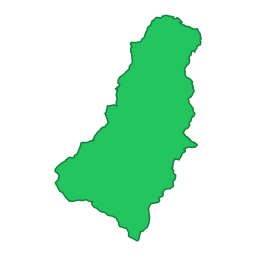 outline of Dragomiresti, Maramures, Romania
{"feature_id": "2599482B97078455585458", "entity_name": "Dragomiresti", "entity_type": "district", "adm_level": 2, "iso_a3": "ROU", "parent_name": "Romania", "parent_adm1": "Maramures", "projection": "equal_earth", "projection_center": [24.279, 47.603], "detail": "fine", "context": "isolated", "style": "filled", "palette": "green", "viewbox_px": 256, "rotation_deg": 0, "n_neighbors": 0, "source": "geoboundaries", "source_scale": "gbopen_adm2", "svg_char_len": 5833}
<svg xmlns="http://www.w3.org/2000/svg" viewBox="0 0 256 256"><path d="M151.8,203.4L153.5,203.3L158.6,202.2L159.3,201.2L159.6,200.4L159.5,199.4L158.9,198.4L158.9,197.9L159.1,197.5L161.4,196.7L162.9,195.8L163.2,193.3L162.9,193.0L162.3,192.8L162.3,192.4L162.6,192.0L163.6,191.2L164.5,189.8L167.8,188.6L169.9,188.8L170.6,188.1L173.2,186.5L173.4,185.7L173.0,183.0L173.1,181.1L173.6,180.4L174.6,180.1L174.7,179.9L175.4,177.8L175.7,175.6L175.5,175.0L174.9,174.4L173.6,173.6L173.3,171.8L173.3,171.5L173.8,170.9L173.7,170.5L172.7,169.3L171.8,168.6L172.3,168.3L172.4,167.9L172.7,167.7L172.0,166.9L172.1,166.6L172.5,166.5L172.4,165.8L172.7,165.8L172.9,165.5L173.2,164.0L172.9,163.5L173.6,161.4L174.4,159.9L174.5,159.0L175.0,158.9L175.7,159.4L178.0,159.2L178.5,159.4L178.8,159.9L180.2,158.0L181.9,154.7L182.1,153.7L182.6,152.9L184.7,152.0L184.9,151.7L184.8,151.2L185.4,151.0L185.2,150.4L184.0,149.9L183.8,149.4L185.0,149.1L185.4,147.9L185.9,147.6L186.6,147.7L186.9,148.0L187.4,147.5L188.6,147.0L189.9,147.0L192.1,147.5L193.5,147.3L194.1,147.0L194.9,147.2L196.2,146.2L197.2,145.0L196.8,144.1L195.3,143.6L195.1,143.1L194.2,142.4L193.3,142.6L193.0,141.9L191.9,141.6L190.9,140.7L190.0,140.6L189.9,140.3L190.1,140.0L190.1,139.6L189.5,138.9L188.5,138.7L188.1,137.6L187.4,136.9L185.9,136.8L185.5,135.6L184.4,134.5L183.9,133.5L183.0,133.2L183.0,132.5L184.3,130.8L184.4,130.3L185.7,128.9L186.3,128.5L187.5,128.4L188.9,126.7L189.8,124.8L189.3,123.9L189.3,122.4L190.8,121.2L191.6,117.9L192.5,117.0L193.6,116.7L193.5,115.9L194.7,114.5L194.7,114.0L194.6,113.2L193.7,112.0L193.1,110.8L193.2,109.3L192.9,108.0L190.9,105.5L189.2,102.8L188.6,100.3L188.2,99.5L188.4,98.7L189.4,97.7L191.2,96.7L191.7,95.7L192.6,94.3L192.9,93.0L193.8,92.3L193.7,91.6L194.0,91.0L193.2,88.2L192.9,87.6L192.9,86.7L193.2,86.6L193.1,86.2L192.4,84.5L191.8,83.8L192.3,82.6L192.4,81.6L190.0,79.0L188.6,78.1L186.9,77.7L186.4,77.4L185.0,74.4L185.2,73.4L185.0,72.5L185.2,71.5L184.7,70.6L184.7,69.2L185.3,67.3L186.3,66.2L186.5,65.5L187.9,64.5L188.3,63.9L188.8,63.7L189.5,61.5L189.5,59.4L188.9,59.0L189.0,58.7L188.7,58.6L188.6,58.4L189.2,57.5L189.2,56.8L191.2,54.7L191.3,54.2L191.2,52.7L191.7,51.9L192.2,50.7L192.3,50.6L193.4,50.9L194.7,52.0L194.8,51.2L195.2,50.5L195.3,49.8L196.8,48.4L196.8,47.6L197.2,46.4L197.7,46.2L198.1,45.4L199.7,45.0L200.2,44.8L200.4,44.5L200.3,44.1L200.6,43.5L200.5,42.9L200.9,41.9L200.3,41.0L200.1,40.0L201.0,39.1L200.9,38.1L200.4,37.5L200.7,37.1L200.6,36.3L200.2,35.6L200.3,35.3L200.3,34.4L200.1,33.5L199.0,32.5L198.9,31.9L197.8,30.2L197.4,28.9L195.7,29.0L194.7,29.4L191.2,28.0L190.1,27.4L189.7,26.9L189.3,27.1L188.3,26.5L185.5,26.3L184.8,25.6L184.0,25.0L182.9,25.0L182.0,24.0L180.3,23.2L179.8,22.6L181.8,22.4L181.8,21.8L180.8,20.8L180.6,20.4L180.1,20.1L178.5,18.4L177.9,18.2L177.4,17.8L176.9,17.8L175.9,18.7L173.7,18.4L173.2,18.2L172.9,17.4L173.3,17.0L172.4,16.9L171.0,16.2L169.2,16.1L166.9,15.4L165.2,15.4L163.9,16.0L162.4,16.1L162.4,16.5L162.2,17.0L160.7,17.9L158.7,17.6L156.2,17.5L153.4,20.4L153.2,20.2L152.5,21.3L152.1,21.1L151.1,23.6L151.1,24.1L150.8,24.4L150.8,24.8L150.6,24.8L150.5,25.7L149.5,25.8L147.7,27.4L147.0,30.5L146.5,31.2L146.5,31.7L145.8,32.3L145.3,34.2L144.9,34.8L145.0,35.0L144.6,36.6L143.6,38.0L142.0,39.1L140.7,41.7L139.0,42.1L137.8,42.1L137.1,42.4L135.5,42.6L131.1,42.4L130.5,44.9L131.4,45.6L131.9,47.0L131.2,47.4L130.9,47.7L130.7,49.0L130.7,51.2L130.8,52.2L131.7,53.5L131.9,54.7L131.9,57.7L132.4,60.6L132.1,63.1L131.8,63.7L130.8,64.4L129.5,66.4L129.2,67.6L129.3,68.2L129.1,68.7L129.3,69.4L128.5,69.7L126.2,71.7L124.6,73.7L122.1,75.6L120.4,76.6L119.2,78.0L118.2,80.1L118.0,82.0L118.1,83.3L118.6,83.6L119.8,85.0L119.2,85.5L118.6,86.7L117.9,86.9L117.9,87.1L117.4,87.0L117.2,87.2L117.6,87.7L117.2,88.2L116.7,88.4L116.2,88.3L115.8,88.7L116.6,88.9L116.6,89.4L116.2,89.3L116.1,89.6L116.7,90.0L116.8,89.1L117.0,89.1L117.7,90.4L117.7,90.7L116.8,92.1L116.2,95.1L116.7,96.7L116.6,97.1L117.2,98.6L116.7,100.7L116.5,100.9L116.1,103.2L116.5,104.3L116.8,105.3L116.7,106.2L114.9,105.1L113.9,104.9L109.1,105.9L107.4,106.0L107.2,107.0L107.3,107.5L106.7,109.3L106.3,111.9L106.0,112.4L105.4,112.8L105.0,113.5L105.5,114.1L106.5,117.5L107.3,119.3L107.9,121.3L108.1,122.6L105.5,125.9L105.1,127.0L102.6,127.2L101.5,128.4L101.1,128.4L101.0,129.0L100.6,129.1L100.7,129.5L100.4,129.8L98.5,131.3L96.2,134.0L95.6,135.2L94.6,136.0L94.4,137.0L93.2,139.1L93.2,139.4L93.9,139.8L93.7,140.7L93.0,140.6L93.0,140.3L93.5,139.9L93.3,139.8L92.9,140.0L92.4,140.7L90.4,141.1L86.8,142.5L85.3,142.7L84.5,142.5L82.4,142.5L81.3,142.9L80.8,143.6L80.6,145.7L79.9,146.9L79.9,147.9L78.6,150.3L77.5,153.3L76.4,154.4L75.7,154.7L74.5,155.7L74.2,156.1L74.1,157.2L73.9,157.6L73.3,157.8L69.9,157.4L68.6,157.8L67.3,159.0L66.4,159.4L66.0,159.9L65.9,160.4L65.3,161.0L61.6,163.1L58.2,166.0L55.7,168.6L55.0,170.5L55.0,171.3L55.3,171.6L58.0,173.6L58.6,174.6L59.3,176.2L58.5,177.4L58.5,178.9L58.3,179.6L56.8,181.1L55.8,182.3L55.4,182.6L56.1,184.6L57.1,185.9L57.8,187.7L58.7,188.8L58.8,189.5L59.6,190.9L62.3,192.5L62.9,193.0L66.0,197.8L67.2,198.8L69.2,200.9L69.4,201.3L70.5,201.0L71.4,201.3L72.9,201.3L74.2,201.0L74.9,200.6L76.0,200.6L78.8,200.1L79.9,200.1L81.4,200.6L83.2,200.5L83.6,200.4L84.1,199.9L84.9,200.1L86.1,199.7L86.6,199.7L88.1,200.8L89.0,201.2L91.4,201.8L92.5,201.9L92.0,202.5L91.8,203.1L91.9,204.1L92.6,205.6L94.1,207.1L97.2,208.6L99.7,211.0L102.3,212.2L103.9,212.0L104.7,212.2L107.8,215.2L112.1,216.1L116.2,218.0L116.5,218.5L116.8,219.7L117.3,220.6L118.5,221.7L118.8,224.8L119.8,226.5L126.7,228.5L128.7,232.8L128.5,235.3L128.9,236.5L134.6,239.3L136.6,240.6L137.8,240.6L138.2,240.3L139.0,238.9L139.2,238.0L139.2,237.0L140.3,233.1L140.3,231.9L142.7,231.2L145.4,228.6L146.9,227.6L147.8,226.0L148.2,224.6L148.7,223.7L148.8,222.4L149.1,221.6L149.5,217.8L149.4,215.4L148.6,210.9L148.5,208.8L149.4,206.2L150.1,205.0L151.1,203.7L151.8,203.4Z" fill="#22c55e" stroke="#15803d" stroke-width="1.5"/></svg>